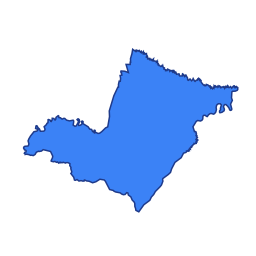 outline of Tha Tum, Surin, Thailand, rotated 16°
{"feature_id": "78962969B22875255730199", "entity_name": "Tha Tum", "entity_type": "district", "adm_level": 2, "iso_a3": "THA", "parent_name": "Thailand", "parent_adm1": "Surin", "projection": "albers", "projection_center": [103.652, 15.311], "detail": "fine", "context": "isolated", "style": "filled", "palette": "blue", "viewbox_px": 256, "rotation_deg": 16, "n_neighbors": 0, "source": "geoboundaries", "source_scale": "gbopen_adm2", "svg_char_len": 5768}
<svg xmlns="http://www.w3.org/2000/svg" viewBox="0 0 256 256"><g transform="rotate(16 128 128)"><path d="M161.5,205.6L164.4,197.4L168.9,191.5L169.5,187.9L171.0,184.9L171.8,181.5L175.1,175.5L175.9,173.5L176.2,169.4L175.5,168.1L175.4,167.0L179.6,161.5L181.1,159.0L181.2,155.2L182.6,148.1L187.3,141.9L188.3,136.9L190.4,135.5L190.9,134.4L190.7,134.0L191.3,133.9L191.8,133.2L192.3,133.7L193.2,133.0L192.5,132.3L192.7,131.4L193.7,131.3L193.0,130.4L194.1,129.4L193.8,128.9L194.5,128.7L194.3,127.7L194.9,127.4L195.0,126.5L196.0,125.2L195.8,124.7L196.8,124.6L197.0,124.0L197.8,123.9L197.3,122.4L198.1,122.2L197.5,121.4L197.9,121.4L198.0,120.5L198.4,120.4L198.3,120.1L196.6,120.0L197.3,117.9L196.3,117.6L196.5,116.6L195.5,116.5L195.5,114.8L194.8,114.2L194.7,113.2L193.0,112.7L192.8,113.0L190.1,108.9L191.8,102.8L192.9,101.6L195.7,101.3L196.9,100.3L197.4,98.7L196.8,96.2L197.1,95.1L198.5,94.5L200.4,95.2L201.1,95.1L201.7,93.2L202.8,91.7L203.9,91.1L206.4,91.1L207.2,90.4L208.0,88.5L207.9,85.8L207.1,84.1L206.9,82.2L207.2,81.0L208.2,79.8L210.1,79.3L211.4,80.1L211.4,83.6L211.9,84.9L211.3,86.4L211.6,87.5L212.2,88.0L214.0,87.0L215.6,85.0L215.5,83.4L213.9,81.2L214.1,79.5L214.7,78.7L215.7,78.5L217.8,79.6L219.7,81.1L220.8,82.6L221.7,82.8L222.5,82.2L222.6,81.2L220.0,76.8L220.7,72.7L219.2,70.5L217.9,64.7L218.4,63.9L221.0,63.0L222.6,61.7L222.9,60.8L222.4,58.9L220.0,58.0L220.6,58.5L220.7,59.3L220.0,59.7L219.9,58.7L219.1,59.1L218.6,58.2L218.1,58.4L218.5,59.3L217.5,59.2L216.7,61.1L215.2,59.9L215.0,60.2L215.4,60.5L214.7,60.5L214.0,61.4L212.9,61.1L212.8,60.2L212.2,59.9L212.4,61.4L211.3,61.6L211.3,60.8L210.8,60.8L211.1,62.1L210.7,62.3L210.3,61.9L210.0,63.1L209.4,62.1L208.8,63.2L208.8,62.3L208.2,61.9L207.2,62.8L206.6,62.9L206.2,63.8L205.5,63.6L205.5,62.9L204.4,62.3L204.0,62.4L203.3,63.9L202.8,63.0L202.5,63.7L201.4,64.3L200.9,63.6L199.9,63.3L199.6,63.8L200.2,64.3L200.1,64.8L199.8,65.1L199.3,64.5L199.6,66.1L198.8,65.7L198.5,67.0L197.3,66.4L196.6,67.1L196.4,66.7L196.9,65.6L196.3,65.5L195.5,66.0L195.2,64.8L194.1,65.3L193.1,64.6L191.3,64.5L191.3,65.7L190.4,66.2L189.8,65.5L189.3,66.0L188.3,65.6L185.9,63.9L185.3,63.2L185.2,62.3L183.9,61.5L183.6,62.2L183.1,61.1L182.4,60.8L182.5,61.6L181.6,61.5L181.6,62.8L180.6,63.1L179.6,64.7L178.8,64.3L177.0,62.5L176.8,63.9L176.1,65.1L174.1,63.8L173.0,65.5L172.1,65.3L171.5,63.6L169.0,61.1L168.4,61.5L168.7,62.4L168.3,63.0L166.4,61.2L165.5,60.9L165.4,61.4L165.9,62.1L166.0,62.9L163.4,63.7L162.7,63.3L162.6,62.4L162.1,61.9L159.8,63.0L159.3,62.1L158.8,62.1L158.7,61.2L158.0,61.1L157.7,62.2L156.4,61.8L156.1,61.4L156.7,60.5L156.1,60.0L155.6,60.3L155.3,61.7L154.4,60.6L153.6,61.3L152.9,61.0L152.5,61.8L152.1,60.9L150.0,60.5L150.1,61.2L149.6,61.2L149.6,62.1L148.3,62.5L148.0,61.5L146.3,61.4L146.3,60.2L145.7,60.3L144.8,59.6L144.1,58.3L144.0,58.7L143.4,58.7L143.5,59.3L142.6,59.9L141.1,59.2L140.6,59.4L140.2,58.8L139.7,59.0L139.5,58.1L138.9,58.1L139.0,57.5L138.0,57.1L138.0,56.4L137.3,56.9L137.3,55.7L137.0,56.1L133.8,56.5L134.2,56.0L133.5,55.6L133.4,54.7L133.0,55.4L133.1,55.9L132.2,56.2L131.9,55.8L131.5,56.2L131.1,55.7L130.3,56.3L130.0,55.4L129.4,55.9L129.1,55.4L128.2,55.9L128.3,55.3L127.6,55.5L127.2,55.0L126.0,54.7L126.1,54.3L126.8,54.3L127.0,53.8L125.5,52.3L125.2,51.4L124.0,52.3L122.7,52.5L123.0,51.9L123.7,51.9L123.8,51.7L122.9,51.2L122.2,51.5L121.8,50.5L121.5,51.4L120.7,52.1L119.9,51.9L120.2,51.1L119.8,50.5L119.0,51.6L117.6,50.4L117.3,51.1L116.6,50.8L116.3,51.2L114.9,50.7L114.4,51.5L114.9,51.9L114.7,52.3L114.2,51.8L113.9,52.0L113.5,51.4L112.8,51.9L110.8,51.1L111.3,55.4L111.3,60.7L112.4,64.1L112.0,64.2L112.6,66.3L108.6,67.4L113.1,74.6L109.4,74.3L105.6,75.1L105.5,75.4L106.0,76.7L106.5,76.6L107.5,78.9L105.9,79.7L107.2,82.3L107.7,85.2L106.6,85.4L106.8,88.7L107.6,91.3L107.0,91.5L105.5,101.0L105.3,116.8L107.1,122.2L108.2,132.5L106.4,134.1L103.8,138.7L102.1,140.9L100.6,141.5L98.4,141.1L97.2,142.0L96.7,141.8L97.3,139.9L97.0,139.4L96.2,139.4L95.9,140.9L95.0,141.2L93.4,139.4L91.5,139.6L89.3,137.8L83.8,136.3L83.4,135.9L83.1,134.3L82.4,133.9L81.8,134.1L81.5,134.7L82.6,136.2L82.4,137.4L81.1,138.7L79.9,139.1L79.2,138.0L79.8,135.4L78.9,133.5L77.9,132.9L77.1,133.2L76.7,134.0L78.4,135.0L78.6,136.1L77.7,140.1L76.6,141.0L74.5,140.3L74.1,137.0L73.7,136.0L73.1,135.6L69.8,137.3L66.8,137.4L64.5,136.2L63.3,136.6L62.6,137.4L61.8,137.5L60.3,136.8L58.7,137.0L58.0,135.5L57.5,135.4L55.9,137.6L56.1,139.5L55.8,140.3L55.2,140.3L54.2,139.3L52.5,139.5L52.8,141.2L52.4,142.9L51.9,142.9L51.6,142.2L50.9,141.9L49.4,141.7L48.9,142.0L49.6,145.0L48.8,145.9L48.6,147.2L47.0,149.9L48.6,152.0L48.5,153.4L47.8,154.3L44.7,155.3L43.2,153.4L41.1,152.3L40.3,151.2L39.5,151.0L39.0,151.4L39.3,153.9L40.3,154.2L41.7,153.7L41.9,154.1L41.8,155.2L41.2,156.1L38.6,157.5L36.5,162.6L35.7,165.7L35.5,167.9L37.1,170.6L37.1,172.5L36.6,173.0L33.9,174.0L33.2,174.8L33.1,176.0L34.6,177.6L35.7,177.5L36.4,178.0L36.6,179.1L35.5,179.8L35.3,180.9L36.6,181.4L36.6,181.7L37.9,181.1L40.7,180.9L41.6,181.2L42.3,180.8L44.6,180.6L46.0,179.0L46.6,176.5L48.4,175.0L49.0,175.1L51.2,174.0L52.4,172.2L59.6,171.9L60.3,172.2L63.4,175.8L63.6,177.6L63.1,180.4L63.4,181.1L65.7,181.0L66.9,180.3L68.7,180.7L69.6,180.1L71.0,180.8L71.2,180.4L72.0,180.3L72.0,179.7L72.9,179.5L73.2,179.8L74.8,179.3L75.1,178.8L77.6,178.9L77.8,178.5L79.8,177.8L82.0,178.3L82.4,180.2L84.0,181.6L84.3,183.0L86.0,185.6L86.0,186.5L85.6,187.5L89.4,190.3L90.9,192.8L92.0,192.7L93.2,191.6L95.5,192.5L97.4,191.5L99.2,191.5L100.4,191.1L100.3,190.2L100.7,189.9L102.7,190.3L105.2,189.9L109.1,190.4L112.0,188.5L115.1,185.0L119.5,184.5L121.0,185.5L127.3,192.2L131.2,192.1L131.9,192.6L133.7,192.9L138.4,192.5L140.0,193.2L141.9,193.4L143.5,192.7L144.6,190.5L145.8,190.5L146.8,192.3L149.7,193.4L151.9,196.1L154.2,197.4L155.2,198.5L156.3,201.7L157.3,203.0L158.3,205.0L161.5,205.6Z" fill="#3b82f6" stroke="#1e3a8a" stroke-width="1.5"/></g></svg>